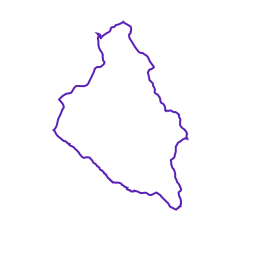 Rona De Sus, Maramures, Romania (Robinson projection), rotated 234°
{"feature_id": "2599482B84873154480741", "entity_name": "Rona De Sus", "entity_type": "district", "adm_level": 2, "iso_a3": "ROU", "parent_name": "Romania", "parent_adm1": "Maramures", "projection": "robinson", "projection_center": [24.07, 47.888], "detail": "fine", "context": "isolated", "style": "outline", "palette": "violet", "viewbox_px": 256, "rotation_deg": 234, "n_neighbors": 0, "source": "geoboundaries", "source_scale": "gbopen_adm2", "svg_char_len": 5832}
<svg xmlns="http://www.w3.org/2000/svg" viewBox="0 0 256 256"><g transform="rotate(234 128 128)"><path d="M216.7,186.6L216.5,186.0L216.5,185.9L216.8,184.6L216.8,184.0L217.0,182.8L217.4,181.2L217.6,180.4L217.9,179.7L218.3,179.0L218.3,178.8L218.2,177.9L217.9,176.6L217.9,176.2L218.1,175.6L218.6,174.8L218.9,174.3L219.0,173.5L218.7,172.6L218.4,172.3L217.8,171.9L217.5,171.4L217.0,170.1L216.9,169.4L216.9,168.4L217.0,167.8L217.2,167.1L217.3,166.7L217.3,166.0L217.3,165.2L217.3,164.2L217.4,163.6L217.4,162.9L217.3,161.9L217.0,160.1L216.9,159.6L216.5,159.0L216.5,158.8L216.6,158.7L216.9,158.7L218.6,159.0L218.8,159.1L219.0,159.3L219.1,159.5L219.2,160.0L219.3,160.2L219.6,160.2L220.1,160.1L221.1,159.5L222.0,159.1L222.4,158.7L221.8,158.8L220.6,158.7L219.7,158.3L219.4,158.1L219.2,157.9L218.9,157.0L218.3,156.3L217.5,155.9L216.3,155.4L215.4,154.9L214.5,154.3L213.4,153.4L212.5,152.9L211.4,152.4L210.7,152.0L209.7,151.7L208.9,151.5L207.4,151.3L204.3,151.2L203.3,150.9L202.5,150.8L201.4,150.2L201.2,150.0L201.0,149.7L200.6,149.3L199.8,148.9L198.6,148.4L198.5,148.2L197.8,147.7L196.9,147.6L195.1,147.7L194.0,146.3L193.7,144.8L193.6,141.7L193.9,140.9L195.5,139.0L195.6,137.1L195.3,135.9L193.0,132.6L187.3,121.9L186.9,120.1L187.6,117.2L188.5,115.9L192.1,111.4L192.4,110.3L192.0,107.9L190.0,103.1L190.0,102.2L192.1,97.8L192.3,93.2L191.6,89.0L187.1,89.3L185.3,89.3L183.8,88.9L183.0,88.5L182.6,88.2L182.0,87.5L181.9,87.2L181.6,86.1L181.2,85.2L178.9,81.8L176.3,76.9L176.0,76.5L175.2,75.5L174.1,74.4L172.3,72.2L171.4,71.0L170.9,70.0L170.5,69.0L170.2,67.7L170.0,66.5L169.1,66.8L168.5,66.9L166.7,66.5L165.6,66.4L164.8,66.3L163.9,66.3L161.9,66.6L159.7,67.3L157.8,67.7L155.2,68.4L154.0,69.7L153.5,69.8L152.1,70.0L151.6,70.1L150.9,70.3L149.9,71.0L149.5,71.3L149.1,70.5L146.7,71.5L145.9,72.0L144.1,72.9L142.2,72.9L140.7,73.3L138.3,73.7L137.6,73.7L136.7,73.8L135.8,73.6L135.3,73.5L134.3,73.7L133.2,73.8L132.2,73.7L131.2,73.9L130.6,74.3L129.6,75.1L129.4,75.4L129.1,76.3L128.7,77.3L128.2,77.9L127.1,79.1L126.3,79.7L125.3,79.6L123.4,79.9L122.5,80.0L120.8,79.6L120.2,79.6L118.0,80.6L116.2,80.7L115.6,80.6L115.2,80.6L114.9,80.9L114.5,81.1L113.3,81.3L112.9,81.5L112.4,81.5L112.0,81.2L111.5,81.0L110.7,81.0L109.8,81.5L108.8,81.8L108.6,82.1L108.3,82.2L108.0,82.1L107.5,82.1L106.5,82.4L105.9,82.4L105.8,82.2L105.6,82.0L105.2,82.1L104.8,82.3L104.2,82.6L103.8,82.5L103.3,82.5L103.2,82.8L102.9,82.8L102.5,82.7L101.2,82.6L100.8,82.6L99.6,82.4L99.2,82.4L98.6,82.8L98.0,82.8L97.6,83.1L97.3,83.1L96.8,82.8L96.7,82.9L96.5,83.1L96.0,83.2L95.7,83.1L95.4,83.1L95.1,83.5L93.8,83.7L93.5,83.5L93.1,83.5L92.8,83.7L92.7,84.2L92.4,84.4L92.2,84.9L91.5,85.3L91.1,85.8L90.7,86.2L90.2,87.3L89.4,88.2L87.5,89.6L86.9,89.8L86.6,89.8L86.0,89.6L85.6,89.6L84.8,90.1L84.2,90.4L82.6,90.7L82.2,90.9L81.6,91.4L81.1,91.7L79.9,91.9L79.8,92.1L79.3,91.2L78.9,91.3L77.8,91.9L77.3,92.3L77.0,92.7L76.7,92.9L76.4,93.0L75.9,92.8L74.7,93.3L74.6,93.8L74.5,94.1L74.3,94.3L73.6,94.8L73.8,95.1L73.3,95.8L73.5,96.5L72.0,97.4L71.0,98.5L68.4,99.6L67.2,101.0L65.6,103.8L64.9,104.6L61.2,106.0L60.0,107.8L59.2,112.9L58.4,113.5L56.7,113.8L55.2,114.6L52.5,114.7L44.1,116.1L42.4,116.2L39.9,115.7L34.0,118.7L33.6,119.4L34.0,121.1L33.7,122.0L34.3,123.0L33.7,124.5L34.3,124.7L34.6,124.8L35.0,125.1L35.1,125.4L35.4,126.2L35.8,126.5L36.6,127.1L38.6,128.3L40.3,129.0L40.6,129.1L41.4,129.1L42.1,129.2L43.2,129.6L44.7,130.2L45.4,130.6L45.9,131.0L46.1,131.2L46.2,131.6L46.3,133.4L46.6,134.3L46.7,134.5L47.3,135.0L48.0,135.2L49.3,135.4L50.7,135.9L51.5,135.9L52.3,136.1L52.9,136.1L53.2,136.2L54.7,136.0L55.5,136.0L58.3,136.9L59.0,136.9L59.4,136.9L60.1,137.1L61.2,137.7L62.0,138.4L62.8,139.0L63.8,139.4L64.6,139.8L65.6,140.2L66.8,140.5L67.8,140.7L69.6,140.5L72.0,141.3L73.0,141.5L75.4,143.2L76.8,143.7L76.9,145.2L76.7,145.7L76.9,146.7L76.8,147.3L77.3,148.6L77.8,149.2L78.5,149.8L79.1,150.6L80.4,152.3L81.1,153.0L82.7,154.2L83.4,154.6L84.0,155.0L84.5,155.6L84.9,155.9L85.2,156.4L85.5,157.6L85.7,158.1L86.5,159.1L86.6,159.6L86.6,160.4L86.4,161.9L86.5,162.4L86.4,162.9L86.4,163.3L86.5,163.9L86.6,165.5L86.4,166.1L86.2,166.6L86.2,167.7L85.7,168.7L84.6,169.3L84.2,169.6L84.5,169.8L86.1,169.9L86.5,170.1L87.3,170.8L87.8,171.4L88.5,172.2L88.8,172.5L89.7,172.5L90.7,173.0L92.0,172.8L92.8,172.9L94.1,172.6L94.8,172.3L95.4,172.1L96.4,171.9L96.7,171.9L97.5,171.7L98.4,171.7L99.7,171.9L99.9,172.0L100.6,172.4L101.6,173.3L102.7,174.0L103.1,174.4L103.3,174.7L104.1,175.3L105.0,175.6L105.8,175.6L107.0,175.9L107.9,176.3L108.1,176.5L108.2,176.8L108.4,176.9L108.9,177.1L109.2,177.0L109.6,176.8L110.9,176.7L112.4,176.0L113.2,175.5L113.5,174.8L114.7,173.9L115.8,173.5L116.7,173.1L117.3,172.7L118.0,170.9L119.0,170.0L119.2,169.5L119.1,169.1L119.1,168.8L119.4,168.7L120.4,168.5L121.0,168.9L122.8,170.0L124.3,170.6L125.0,170.7L125.8,170.8L126.5,170.7L127.5,170.4L128.5,169.7L128.9,169.7L129.7,169.8L130.4,169.9L131.8,170.6L132.2,170.9L132.6,171.1L133.3,171.3L133.8,171.5L135.0,171.5L137.1,171.7L140.2,170.5L140.9,170.5L141.4,170.7L142.0,171.1L142.7,171.9L143.4,172.5L143.8,172.6L145.5,173.0L146.9,173.0L147.4,173.1L148.1,173.7L148.6,174.0L149.2,174.2L151.7,174.1L153.7,173.6L154.3,173.7L156.2,174.6L157.2,175.0L158.4,175.6L159.3,175.9L160.4,176.4L161.3,176.7L161.7,177.9L162.1,178.4L162.4,178.6L162.4,179.3L162.4,179.6L162.5,180.1L162.5,180.5L162.2,180.9L161.8,181.4L161.8,182.0L161.9,182.5L161.9,184.6L163.2,184.9L163.9,184.9L164.6,184.8L165.3,184.8L169.6,184.9L170.5,185.2L172.3,185.5L173.6,185.7L175.4,185.6L177.5,184.8L178.2,184.4L179.3,184.2L180.0,184.0L180.9,182.8L181.4,182.5L182.7,181.5L186.3,181.3L187.5,181.3L189.0,181.3L192.7,181.6L199.9,182.1L201.2,182.7L202.2,183.3L202.9,183.8L203.1,184.4L203.1,185.1L203.1,185.4L203.4,185.7L203.5,186.2L204.4,186.7L204.6,187.3L205.6,188.3L206.6,189.0L207.4,189.4L208.5,189.7L209.6,189.3L211.9,188.3L213.2,187.7L213.7,187.5L215.3,186.8L216.7,186.6Z" fill="none" stroke="#5b21b6" stroke-width="2"/></g></svg>